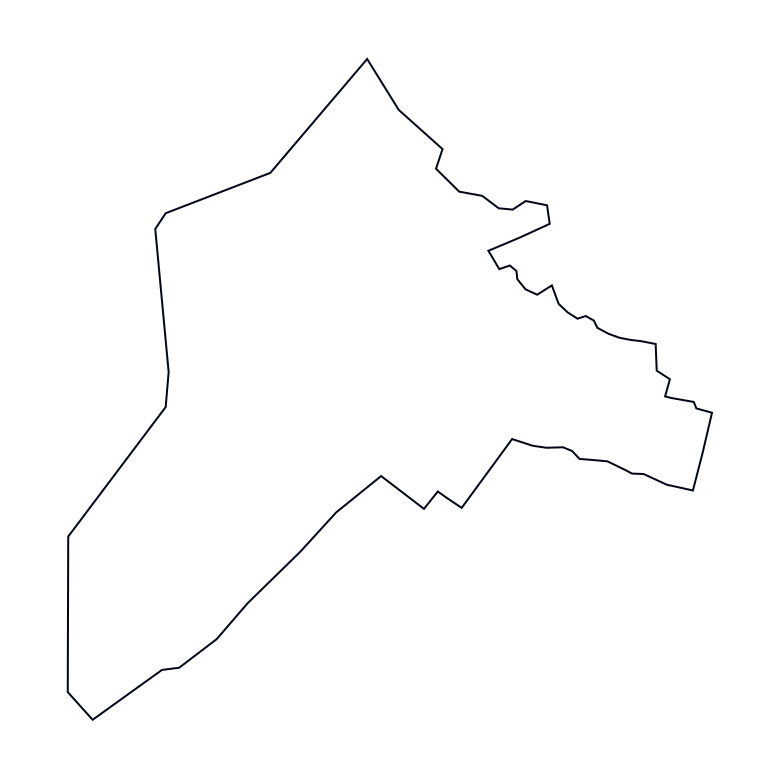 Yunusabad, Tashkent, Uzbekistan (orthographic projection), rotated 268°
{"feature_id": "79887680B16922356170962", "entity_name": "Yunusabad", "entity_type": "district", "adm_level": 2, "iso_a3": "UZB", "parent_name": "Uzbekistan", "parent_adm1": "Tashkent", "projection": "orthographic", "projection_center": [69.256, 41.321], "detail": "fine", "context": "isolated", "style": "outline", "palette": "ink", "viewbox_px": 768, "rotation_deg": 268, "n_neighbors": 0, "source": "geoboundaries", "source_scale": "gbopen_adm2", "svg_char_len": 1035}
<svg xmlns="http://www.w3.org/2000/svg" viewBox="0 0 768 768"><g transform="rotate(268 384 384)"><path d="M58.6,81.1L106.0,152.1L107.6,169.4L134.9,207.9L169.6,240.0L219.5,294.7L257.4,331.8L292.1,377.9L257.8,419.6L274.7,434.0L267.3,443.7L257.5,457.3L324.5,510.1L320.4,521.4L317.1,530.4L314.6,544.2L314.5,560.7L310.5,569.6L302.3,576.8L300.6,591.5L298.9,604.6L289.9,621.6L285.8,628.8L285.0,640.3L273.5,663.0L266.8,689.0L303.3,699.8L343.8,710.8L348.7,695.3L355.2,693.0L360.1,670.2L361.8,664.5L378.8,669.9L387.8,657.0L414.5,656.9L417.9,642.2L419.5,631.6L422.0,621.0L426.2,610.4L432.7,599.2L440.0,596.0L444.9,588.0L442.5,579.7L449.1,570.1L458.0,561.3L476.7,555.2L467.9,540.2L473.6,528.8L484.1,520.9L492.3,520.3L498.0,513.9L494.8,503.2L513.5,493.0L525.5,524.5L538.3,555.2L556.9,553.2L561.9,532.0L553.8,518.7L555.6,504.8L568.6,488.7L573.6,465.9L597.3,443.5L616.7,450.7L657.4,408.3L709.4,378.5L599.0,277.8L562.3,171.8L546.9,160.8L403.4,169.2L368.6,165.0L242.6,63.1L87.1,57.2L58.6,81.1Z" fill="none" stroke="#020617" stroke-width="2"/></g></svg>